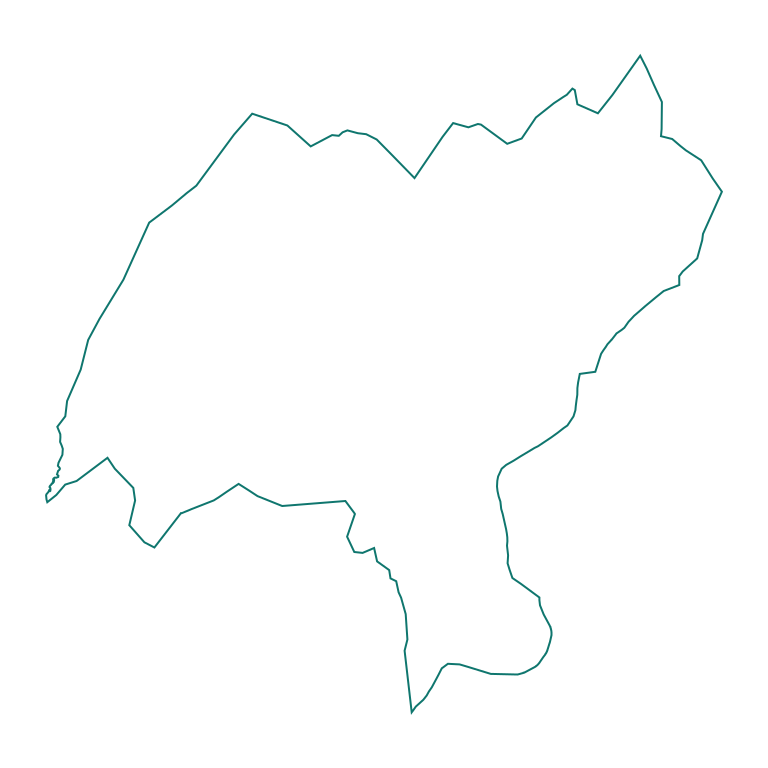 Gujba, Yobe, Nigeria (Robinson projection)
{"feature_id": "59680162B90037113183568", "entity_name": "Gujba", "entity_type": "district", "adm_level": 2, "iso_a3": "NGA", "parent_name": "Nigeria", "parent_adm1": "Yobe", "projection": "robinson", "projection_center": [12.101, 11.346], "detail": "fine", "context": "isolated", "style": "outline", "palette": "teal", "viewbox_px": 768, "rotation_deg": 0, "n_neighbors": 0, "source": "geoboundaries", "source_scale": "gbopen_adm2", "svg_char_len": 4615}
<svg xmlns="http://www.w3.org/2000/svg" viewBox="0 0 768 768"><path d="M595.3,371.8L601.1,353.8L603.5,350.1L605.3,347.6L605.5,347.4L605.6,347.1L605.8,346.9L605.9,346.7L606.0,346.6L606.1,346.4L607.5,344.2L610.9,340.5L611.0,340.4L611.1,340.2L611.3,340.1L611.4,339.9L611.5,339.9L611.6,339.7L611.8,339.5L611.9,339.4L615.4,334.9L615.8,334.4L616.4,333.5L621.8,329.8L624.3,327.8L628.6,321.7L630.5,319.7L634.1,315.8L636.1,314.1L645.4,306.0L655.9,297.3L663.7,291.0L679.3,285.0L679.2,276.1L679.4,275.9L682.7,271.5L697.2,258.4L702.2,240.2L703.0,233.9L721.9,191.7L712.8,178.6L701.2,160.3L685.8,150.3L680.4,146.0L672.2,139.0L661.0,136.2L661.6,129.1L661.9,102.0L653.9,84.8L646.7,68.5L640.2,55.7L612.4,95.0L597.9,113.3L577.4,104.3L574.8,90.1L572.4,88.6L566.8,94.8L563.1,97.1L553.9,103.2L535.9,117.5L521.7,138.5L507.2,143.8L481.0,124.6L477.9,124.0L468.4,127.3L453.1,123.1L442.6,136.8L414.5,178.1L391.0,154.0L376.7,139.5L366.2,134.2L357.8,133.2L347.4,130.4L342.6,132.3L338.8,135.8L332.1,135.1L310.7,146.4L287.4,125.5L252.2,113.7L234.1,134.5L196.3,185.7L186.6,193.2L171.9,205.5L149.2,222.6L123.4,279.7L99.5,318.9L88.2,339.9L80.7,369.6L67.1,401.0L65.3,416.3L57.3,426.8L60.3,434.2L60.4,437.2L60.1,441.9L61.7,445.6L62.8,448.9L62.4,454.8L58.5,462.8L57.9,465.8L59.6,467.8L59.9,468.8L59.3,469.9L58.1,470.9L57.0,474.4L58.4,475.7L58.2,477.0L57.3,477.3L56.4,477.7L54.8,477.6L53.7,478.3L53.3,478.8L53.2,479.4L53.4,479.4L54.0,479.4L54.1,479.7L53.9,480.0L54.1,480.4L54.0,480.8L53.3,481.1L53.0,481.4L53.1,481.6L53.6,481.5L53.8,481.8L53.7,482.1L53.3,482.3L53.1,482.9L52.9,483.0L52.7,482.9L52.4,483.0L52.3,483.5L52.2,483.7L51.6,483.8L51.4,484.1L51.2,484.6L51.0,484.9L50.2,485.6L49.7,486.4L49.6,486.7L49.5,487.0L49.7,487.3L49.8,487.4L50.1,487.6L50.4,488.3L50.5,489.8L50.3,490.5L50.3,490.9L50.1,491.1L49.9,491.1L49.9,490.8L49.8,490.0L49.5,489.8L49.3,490.0L49.0,490.7L48.3,492.1L46.4,494.3L46.1,495.4L46.5,499.4L47.3,502.2L56.3,495.0L65.2,484.6L76.6,481.0L107.5,457.8L114.8,468.7L133.3,487.9L135.1,500.5L129.3,525.2L144.4,542.3L154.4,547.5L181.0,513.1L181.6,513.2L189.7,509.9L191.3,509.2L213.8,500.4L219.0,497.1L226.7,491.8L238.6,483.9L249.3,490.7L257.5,496.1L282.2,506.0L345.4,501.0L354.3,513.0L354.9,514.0L347.1,536.7L354.3,552.0L362.6,552.9L374.1,548.0L377.1,561.4L389.2,570.1L390.5,578.4L396.2,581.2L398.6,592.3L401.1,597.7L405.7,614.1L407.4,639.5L404.6,650.7L411.7,712.3L412.6,711.1L413.0,710.6L415.8,706.6L423.3,699.8L426.7,695.5L428.9,691.5L431.8,687.3L436.1,679.3L438.5,674.8L438.8,674.2L441.4,669.1L441.8,668.3L442.8,667.6L447.9,663.8L459.6,664.4L467.7,666.8L490.8,673.9L517.0,674.5L517.4,674.5L517.7,674.4L517.9,674.4L518.0,674.4L518.5,674.3L518.7,674.2L518.8,674.2L522.7,673.1L522.8,673.1L523.0,673.0L523.3,672.9L523.5,672.9L523.8,672.8L523.8,672.7L524.0,672.7L524.3,672.6L524.5,672.5L524.6,672.4L524.8,672.4L525.1,672.2L525.3,672.1L534.1,667.4L534.5,667.2L534.8,667.0L535.0,666.9L535.3,666.7L535.5,666.6L535.7,666.4L535.8,666.4L536.0,666.2L536.3,666.0L536.3,665.9L536.5,665.8L536.6,665.7L536.9,665.5L537.0,665.4L537.2,665.2L537.3,665.1L537.5,665.0L537.6,664.9L537.8,664.6L538.0,664.4L538.2,664.2L538.5,663.9L538.8,663.5L539.0,663.3L539.1,663.2L539.4,662.8L539.4,662.7L539.5,662.6L543.2,657.2L545.1,654.7L545.2,654.4L545.3,654.4L545.4,654.2L545.5,654.0L545.6,653.9L545.7,653.7L545.8,653.6L545.9,653.4L546.0,653.3L546.0,653.2L546.2,652.9L546.3,652.8L546.3,652.6L546.4,652.4L546.5,652.4L546.6,652.2L546.7,651.9L546.8,651.7L546.9,651.4L547.0,651.3L547.0,651.1L547.2,650.8L547.2,650.7L547.3,650.5L547.3,650.4L547.4,650.2L547.5,650.0L547.5,649.8L547.5,649.7L547.6,649.4L547.7,649.1L547.8,648.9L549.6,643.0L549.7,642.9L549.7,642.7L549.8,642.5L549.9,642.2L551.4,635.6L551.4,635.4L551.5,635.2L551.5,634.9L551.5,634.7L551.5,633.8L551.5,633.6L551.5,633.3L551.5,632.9L551.5,632.6L551.5,632.3L551.4,632.0L551.4,631.2L551.3,630.6L551.2,630.4L551.1,629.7L551.0,629.4L551.0,629.2L550.9,629.1L550.9,628.8L550.8,628.6L550.7,628.3L550.7,628.1L550.6,627.9L550.5,627.7L550.5,627.4L550.4,627.4L550.3,627.1L550.3,626.9L550.2,626.7L550.1,626.4L550.0,626.2L549.9,626.1L549.8,625.9L549.7,625.7L549.6,625.4L543.7,614.5L540.0,605.3L539.4,600.1L539.4,597.5L521.0,583.9L512.4,578.0L509.6,569.8L507.6,563.3L508.1,555.4L507.0,545.7L507.4,541.3L507.3,537.3L506.8,533.2L506.1,529.2L504.4,521.6L502.7,514.0L501.2,508.9L500.4,501.6L498.7,496.5L497.5,491.0L497.0,486.5L497.3,480.8L498.1,476.5L501.7,468.7L506.2,464.9L513.6,460.7L520.6,456.3L534.6,447.9L537.9,446.3L551.1,437.5L557.5,432.9L563.5,428.2L567.4,425.5L573.5,416.4L575.4,410.2L575.8,405.8L576.5,400.3L577.3,394.8L577.4,388.0L578.1,382.5L579.8,373.9L595.3,371.8Z" fill="none" stroke="#0f766e" stroke-width="2"/></svg>